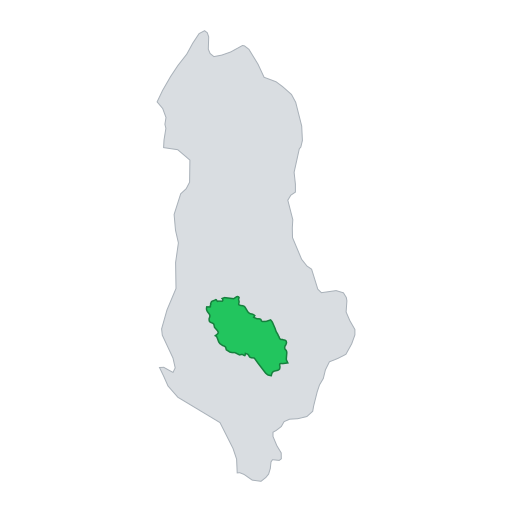 Berat highlighted on a map of Albania
{"feature_id": "ALB-1523", "entity_name": "Berat", "entity_type": "County", "adm_level": 1, "iso_a3": "ALB", "parent_name": "Albania", "parent_adm1": "", "projection": "albers", "projection_center": [20.072, 40.618], "detail": "fine", "context": "in_parent", "style": "filled", "palette": "green", "viewbox_px": 512, "rotation_deg": 0, "n_neighbors": 0, "source": "natural_earth", "source_scale": "10m", "svg_char_len": 3688}
<svg xmlns="http://www.w3.org/2000/svg" viewBox="0 0 512 512"><path d="M163.6,147.6L164.0,140.1L165.9,128.3L164.9,124.3L166.0,117.5L162.7,108.5L157.1,101.9L162.6,90.4L170.6,76.5L177.9,65.5L186.8,54.1L192.8,43.1L199.1,33.6L204.6,30.7L207.3,32.8L208.7,36.9L208.3,49.2L210.1,53.5L213.9,56.6L221.8,55.1L230.6,52.0L242.5,45.5L244.5,45.9L248.9,49.3L258.0,64.2L264.1,77.3L276.1,81.8L282.8,86.8L291.5,94.5L295.7,102.3L301.7,126.1L302.4,140.5L300.8,147.1L299.3,148.8L294.1,172.3L295.4,184.2L295.4,192.1L290.8,195.2L287.8,200.2L292.8,219.7L292.3,228.0L292.5,237.6L301.6,259.3L306.9,266.0L311.6,269.2L317.8,289.2L321.4,292.7L336.1,290.6L343.4,292.8L346.3,297.5L346.9,300.8L346.1,312.0L349.8,320.6L354.9,329.5L354.9,334.9L351.7,343.8L345.9,354.3L338.1,358.3L329.4,361.8L325.4,369.9L323.3,378.5L319.5,384.9L317.2,391.8L313.6,406.1L312.7,411.3L306.9,416.5L297.8,418.7L289.6,419.2L284.1,421.6L281.3,426.5L276.1,430.5L273.0,432.2L273.0,436.5L276.8,445.6L281.2,452.9L281.3,458.8L279.2,460.4L272.5,459.7L271.0,461.9L270.3,468.5L268.6,474.1L265.8,477.5L261.0,481.3L252.2,480.1L244.0,474.4L239.7,472.7L237.2,472.9L236.6,459.1L233.0,448.4L220.0,422.6L177.9,397.3L168.0,386.0L163.8,376.5L159.5,367.5L163.7,367.3L167.8,369.6L173.0,372.4L175.2,367.9L173.0,358.1L162.3,335.2L161.6,328.9L167.0,309.9L176.0,288.5L175.6,262.5L178.4,242.9L175.5,230.2L174.1,214.5L180.7,193.8L186.2,188.7L189.6,182.2L189.9,160.1L177.7,149.7L163.6,147.6Z" fill="#d9dde1" stroke="#a8b0b8" stroke-width="1"/><path d="M237.4,296.5L238.4,296.8L238.7,297.0L239.1,297.7L238.7,298.7L238.6,299.2L238.6,299.7L239.0,301.1L239.1,301.8L239.0,302.5L238.7,303.9L238.7,304.5L239.2,305.0L240.8,305.5L242.6,305.7L244.0,306.2L245.0,307.1L247.8,311.8L248.8,312.8L250.0,313.6L252.6,314.2L253.9,314.9L254.8,315.6L253.7,317.3L256.3,318.5L257.3,318.8L259.0,318.8L260.0,319.0L260.9,319.5L261.3,320.7L261.6,321.1L262.5,321.5L266.2,321.4L270.6,319.9L272.0,321.6L272.6,322.7L275.1,328.5L276.1,331.5L277.9,334.5L278.2,335.5L278.9,336.5L279.4,338.0L280.2,339.1L280.8,339.5L281.5,339.5L282.0,339.4L282.5,339.5L283.1,339.8L283.5,339.9L284.8,340.1L285.4,340.4L286.2,341.1L286.3,341.5L286.3,341.9L286.5,342.4L286.5,342.9L285.8,344.9L285.2,345.7L285.0,346.1L284.7,347.4L284.7,347.9L284.8,348.6L285.0,349.1L286.1,350.3L286.6,351.3L286.8,352.8L286.3,358.8L286.4,359.9L287.8,362.9L282.8,363.6L280.8,363.5L279.8,363.9L279.6,365.0L279.9,366.3L279.9,367.5L279.6,369.0L278.6,369.9L277.5,370.4L274.2,371.1L272.8,372.0L272.3,372.5L272.1,372.9L272.0,373.3L271.7,373.9L271.3,375.7L270.5,375.6L268.0,375.0L267.0,374.3L265.6,373.1L257.7,362.8L257.3,362.2L254.7,358.6L254.1,358.0L253.3,357.9L251.5,357.8L250.3,357.4L249.5,356.8L248.7,355.3L247.7,354.2L245.4,353.4L245.3,354.3L245.2,354.7L245.1,355.2L244.9,355.6L244.5,355.6L243.9,355.3L242.7,354.6L241.9,354.4L239.5,354.9L234.9,352.6L232.3,352.6L229.9,352.1L226.3,349.8L225.6,347.1L225.2,346.8L224.2,346.1L222.6,345.5L219.9,343.6L218.7,341.9L217.0,337.3L216.4,336.3L215.8,335.9L215.3,335.8L215.2,335.7L215.4,335.5L216.2,335.1L217.0,334.4L218.0,333.4L218.2,332.1L217.6,330.9L214.5,327.3L213.8,324.1L213.2,323.6L212.3,323.0L211.3,322.7L209.9,321.9L209.4,321.3L209.2,320.5L209.1,319.5L209.1,318.9L209.2,318.4L209.8,316.9L209.9,315.5L209.5,314.4L207.4,311.6L206.8,310.3L206.5,309.2L206.5,308.5L206.7,306.9L209.3,306.9L209.9,307.0L210.4,306.8L210.4,306.3L210.3,305.8L210.4,305.3L210.8,304.6L210.7,304.2L210.6,303.8L210.7,303.4L211.2,302.4L211.5,301.6L212.0,301.3L212.9,300.9L214.6,300.3L215.8,299.6L216.1,299.7L216.4,299.9L216.9,300.7L217.5,301.4L218.6,301.1L222.3,301.2L222.6,300.8L222.9,300.2L222.8,299.6L222.7,299.2L222.1,298.5L224.6,297.6L233.7,298.7L236.5,296.8L237.4,296.5Z" fill="#22c55e" stroke="#15803d" stroke-width="1.5"/></svg>